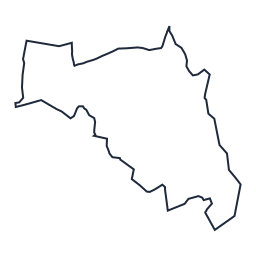 Ola Oluwa, Osun, Nigeria
{"feature_id": "59680162B48244867814587", "entity_name": "Ola Oluwa", "entity_type": "district", "adm_level": 2, "iso_a3": "NGA", "parent_name": "Nigeria", "parent_adm1": "Osun", "projection": "natural_earth1", "projection_center": [4.195, 7.728], "detail": "fine", "context": "isolated", "style": "outline", "palette": "slate", "viewbox_px": 256, "rotation_deg": 0, "n_neighbors": 0, "source": "geoboundaries", "source_scale": "gbopen_adm2", "svg_char_len": 1901}
<svg xmlns="http://www.w3.org/2000/svg" viewBox="0 0 256 256"><path d="M234.5,216.0L240.6,184.4L235.2,177.4L229.0,170.0L228.9,169.6L227.0,153.5L219.5,145.0L214.3,118.7L208.4,113.7L206.2,99.7L204.6,98.0L205.1,94.2L209.7,74.5L204.3,69.6L197.9,74.4L192.9,75.4L189.1,71.1L186.4,66.3L187.0,60.4L185.2,54.3L183.8,51.8L181.4,47.8L175.6,44.0L172.3,35.8L169.4,31.0L169.4,26.1L169.1,27.0L168.9,27.7L168.4,28.6L168.0,29.8L167.5,30.8L167.0,32.0L166.8,33.0L166.3,34.2L165.9,35.1L165.6,36.0L165.2,37.0L165.0,37.7L164.5,39.3L164.2,40.4L164.0,41.2L163.5,42.5L163.0,44.3L162.8,45.2L162.1,46.6L161.7,47.3L161.0,48.1L156.5,48.7L149.3,50.1L142.6,48.0L137.1,47.4L135.6,47.6L126.2,48.3L118.3,48.6L112.6,51.5L106.9,54.0L102.7,55.7L100.8,56.6L96.7,58.6L93.3,59.9L87.2,61.7L82.9,63.4L77.9,64.4L74.5,65.8L74.1,64.8L74.0,64.4L73.9,63.4L73.7,62.6L73.7,61.9L73.4,61.1L73.1,60.2L72.9,59.5L72.8,58.9L72.6,58.2L72.6,57.5L72.2,56.1L72.2,55.4L72.0,54.6L72.0,53.9L72.0,53.5L72.1,52.7L72.1,51.8L72.1,51.2L72.1,50.5L72.1,50.0L72.0,49.3L72.0,48.7L72.0,48.1L71.9,47.5L71.9,47.0L71.9,46.3L71.9,45.6L71.8,45.1L71.8,44.7L71.8,44.3L71.8,43.8L71.8,43.2L71.8,42.8L59.1,46.2L26.6,40.7L24.5,51.4L23.3,57.9L23.0,58.9L24.2,63.1L22.6,74.7L22.0,87.4L22.0,87.6L23.2,97.8L19.2,102.4L15.4,103.0L15.8,107.0L24.9,104.7L41.2,100.1L56.4,109.0L61.7,111.5L70.5,118.3L74.0,116.0L77.1,108.3L78.9,106.3L82.9,106.3L84.2,108.4L86.3,109.8L89.2,115.2L94.2,118.1L95.1,122.0L94.3,129.7L94.2,132.4L95.3,134.8L94.0,135.8L107.0,138.7L106.7,146.0L108.1,149.4L109.1,152.0L109.4,153.4L112.4,157.2L119.9,158.1L120.3,159.6L133.8,169.4L131.8,179.1L137.5,183.5L139.7,185.2L146.8,191.6L149.8,191.9L154.9,189.4L162.3,184.7L164.9,186.9L165.0,187.2L165.0,189.3L167.8,210.6L184.7,203.8L188.4,198.9L198.4,196.1L202.2,197.6L203.7,200.1L209.9,198.4L211.9,203.6L206.8,209.5L206.4,210.7L205.6,211.6L205.3,212.7L214.8,229.9L234.5,216.0Z" fill="none" stroke="#1e293b" stroke-width="2"/></svg>